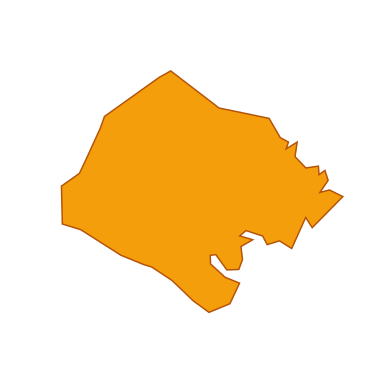 the district of Montgomery, Virginia, United States of America, rotated 240°
{"feature_id": "52423323B95683918049548", "entity_name": "Montgomery", "entity_type": "district", "adm_level": 2, "iso_a3": "USA", "parent_name": "United States of America", "parent_adm1": "Virginia", "projection": "albers", "projection_center": [-80.462, 37.177], "detail": "fine", "context": "isolated", "style": "filled", "palette": "amber", "viewbox_px": 384, "rotation_deg": 240, "n_neighbors": 0, "source": "geoboundaries", "source_scale": "gbopen_adm2", "svg_char_len": 773}
<svg xmlns="http://www.w3.org/2000/svg" viewBox="0 0 384 384"><g transform="rotate(240 192 192)"><path d="M93.2,250.1L113.1,277.7L101.0,278.3L112.6,320.3L125.0,312.1L127.7,302.6L134.0,315.7L144.2,317.9L143.5,310.7L151.2,314.4L155.9,302.6L171.1,298.9L182.6,308.0L182.3,295.2L187.0,300.5L195.0,295.6L217.2,295.6L251.3,257.3L257.3,254.9L307.5,234.1L307.7,221.0L301.2,154.0L292.9,144.2L274.8,118.8L264.4,103.8L262.4,81.9L229.1,63.7L215.0,76.8L172.8,98.8L153.4,113.8L147.2,119.6L125.3,130.5L97.0,138.7L79.3,146.5L76.3,169.0L89.3,187.6L101.6,178.0L120.4,172.1L128.0,176.1L125.9,181.3L107.1,183.2L101.5,193.8L108.3,202.0L120.3,207.1L120.3,220.7L130.1,211.4L131.6,219.4L118.5,231.2L108.8,230.8L106.0,243.3L93.2,250.1Z" fill="#f59e0b" stroke="#b45309" stroke-width="1.5"/></g></svg>